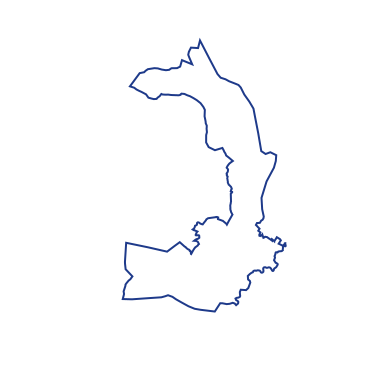 outline of Rafael Delgado, Veracruz, Mexico, rotated 126°
{"feature_id": "50627088B70303647374080", "entity_name": "Rafael Delgado", "entity_type": "district", "adm_level": 2, "iso_a3": "MEX", "parent_name": "Mexico", "parent_adm1": "Veracruz", "projection": "mercator", "projection_center": [-97.093, 18.796], "detail": "fine", "context": "isolated", "style": "outline", "palette": "blue", "viewbox_px": 384, "rotation_deg": 126, "n_neighbors": 0, "source": "geoboundaries", "source_scale": "gbopen_adm2", "svg_char_len": 5770}
<svg xmlns="http://www.w3.org/2000/svg" viewBox="0 0 384 384"><g transform="rotate(126 192 192)"><path d="M64.7,274.6L72.0,271.7L75.8,277.7L80.5,276.9L83.2,275.7L84.9,273.1L86.2,270.9L88.6,266.9L90.0,272.6L90.9,276.3L91.2,277.6L97.5,275.3L100.6,276.9L102.9,280.0L104.0,281.4L106.6,282.3L108.8,284.7L110.7,288.4L112.1,292.3L113.9,295.2L118.6,299.9L121.2,300.8L123.2,301.1L126.6,304.2L143.0,304.3L141.6,300.0L141.7,297.2L141.3,294.6L140.7,291.6L140.0,286.6L141.3,282.7L140.2,279.7L139.3,277.5L137.5,275.4L135.9,275.3L133.5,274.5L130.7,274.4L130.4,273.1L128.9,270.7L127.2,268.5L125.8,265.9L124.0,263.2L121.5,259.5L120.1,258.4L119.7,258.6L118.6,258.3L117.1,255.7L116.5,252.6L115.7,250.0L115.2,246.1L114.9,242.2L115.1,237.3L116.5,232.8L118.0,229.9L123.4,226.3L125.3,224.2L127.0,222.4L128.4,221.2L129.6,219.1L130.9,218.2L132.2,217.4L134.8,215.1L137.6,214.0L143.6,209.7L145.9,204.9L144.7,198.0L138.5,193.3L139.6,191.0L140.5,189.5L141.2,187.6L142.4,185.8L142.5,182.5L142.9,177.2L145.3,178.0L147.1,178.5L149.6,178.6L151.9,178.3L152.0,178.2L152.2,177.2L152.4,176.5L152.8,175.9L153.8,175.4L154.3,175.1L155.2,174.9L156.2,174.9L156.6,174.9L157.0,174.7L157.2,174.1L157.6,173.9L158.1,173.6L158.5,172.8L158.5,172.3L159.8,171.7L160.4,171.4L160.7,171.0L161.1,170.5L161.5,170.2L161.9,169.8L162.4,169.2L163.4,168.5L164.1,167.2L164.5,166.6L164.5,166.0L164.5,165.6L164.7,164.7L164.9,163.5L165.0,163.3L165.2,162.9L165.6,162.4L165.8,161.9L166.4,161.6L166.9,161.7L168.8,161.0L168.8,160.9L168.7,160.3L168.4,160.0L168.3,159.6L168.5,159.4L169.3,159.4L170.6,159.6L175.8,155.6L176.8,154.8L177.8,154.4L178.2,154.1L179.6,153.5L180.6,153.0L180.7,152.9L181.8,152.0L182.7,151.3L182.8,151.3L183.2,151.0L184.0,150.2L184.5,149.4L185.1,148.8L185.5,148.1L185.9,147.2L186.4,146.4L186.5,146.0L194.5,145.1L197.9,144.6L197.7,145.1L197.6,145.4L197.5,145.6L197.2,150.1L197.3,150.2L197.6,151.4L197.8,152.1L198.0,152.7L198.3,153.9L198.7,155.1L198.5,155.3L198.4,155.5L197.2,155.9L197.5,157.1L198.1,157.9L198.6,158.2L203.8,163.6L205.8,164.3L206.6,164.1L210.6,164.3L211.9,164.3L212.2,164.9L212.7,166.8L212.6,167.6L212.7,168.8L213.3,169.6L214.1,169.7L215.6,168.8L216.4,169.0L217.5,169.7L218.9,169.1L220.4,168.9L221.9,169.4L221.8,168.1L221.5,167.4L220.8,164.4L221.8,164.5L224.6,163.8L224.7,163.3L223.0,161.1L223.2,160.4L224.7,159.2L225.6,159.4L226.7,159.9L227.3,160.5L228.4,161.1L230.2,161.6L229.0,159.6L228.9,158.0L230.0,155.8L230.8,156.0L232.0,155.9L234.5,156.7L235.1,156.9L235.4,156.8L236.1,156.9L237.9,156.8L238.0,156.8L242.7,156.2L242.7,156.4L242.6,156.6L242.3,156.8L242.0,157.0L241.7,157.3L241.5,157.5L241.2,157.8L241.1,158.0L240.9,158.2L240.8,158.3L240.7,158.4L240.7,158.6L240.8,158.8L241.0,159.0L240.9,159.4L240.6,159.6L240.4,160.0L240.4,160.5L240.6,161.0L240.7,162.4L240.6,163.7L240.4,164.5L240.3,165.1L240.5,165.8L240.4,166.5L239.8,172.4L246.0,174.4L254.9,177.1L262.7,195.3L271.8,215.4L287.9,205.2L289.3,204.1L293.5,200.3L295.3,190.6L298.8,190.6L300.9,191.2L304.1,191.4L305.9,191.4L307.1,190.7L312.6,188.9L314.5,187.0L319.3,185.1L314.1,177.5L303.2,164.5L295.2,154.9L292.2,152.5L289.6,150.7L288.3,146.2L288.2,141.9L287.5,135.6L286.5,127.7L284.9,121.2L282.3,115.9L275.3,103.3L265.4,103.8L264.1,101.9L262.3,98.0L260.3,95.8L257.7,93.9L257.1,91.9L257.6,89.8L255.1,89.2L253.7,89.9L253.3,91.0L253.5,92.8L252.6,94.2L251.3,93.6L250.3,92.5L248.9,91.7L247.8,91.9L246.4,93.2L244.8,94.5L242.4,95.1L241.1,93.0L239.6,90.6L236.6,90.0L231.0,91.6L229.9,93.0L229.8,95.2L227.1,97.5L224.3,97.0L222.2,96.3L221.2,95.6L220.8,95.7L220.2,95.9L219.5,95.7L219.0,95.4L218.4,94.7L218.1,93.9L216.8,92.9L216.2,91.9L215.8,90.9L216.0,90.0L216.5,89.1L216.4,88.3L216.1,87.9L215.6,87.6L214.7,87.4L213.8,87.8L213.2,88.4L212.3,89.3L211.3,89.6L210.8,89.5L209.9,88.7L209.6,87.6L209.4,86.9L209.0,86.5L208.8,86.3L208.5,86.1L208.3,86.0L208.0,85.8L207.6,85.3L207.3,84.4L207.4,83.5L208.0,81.9L208.3,81.4L208.5,80.9L208.4,80.2L208.0,79.9L207.5,79.9L206.9,80.0L206.4,80.3L206.1,80.4L205.3,80.4L204.8,80.2L203.4,79.7L203.0,79.7L202.4,79.8L201.8,79.8L201.2,79.8L200.7,80.0L200.0,80.2L200.0,80.6L199.9,81.0L199.8,81.5L199.8,81.8L199.9,82.3L200.1,82.6L200.0,83.0L199.8,83.5L199.6,83.9L199.4,84.4L199.2,85.1L198.9,85.6L198.2,85.7L197.3,86.0L196.8,86.1L196.4,86.2L196.3,86.3L196.0,86.7L195.8,87.0L195.6,87.3L195.4,87.5L195.0,87.4L194.7,87.6L194.2,87.8L193.6,87.9L193.2,88.1L192.8,88.3L191.9,88.7L191.7,88.7L191.4,88.6L190.9,87.9L190.8,87.4L190.7,87.3L190.3,87.2L189.9,87.3L189.5,87.2L189.1,86.9L188.7,86.5L188.4,86.1L188.1,85.8L187.9,85.6L187.7,85.4L187.6,85.2L187.4,85.0L187.2,84.8L186.9,84.6L186.5,84.5L186.0,84.4L185.7,84.3L185.5,84.5L185.4,84.6L185.0,84.9L184.5,85.1L184.2,85.3L183.7,85.6L183.3,85.9L183.0,86.1L182.6,86.2L182.2,86.1L181.5,85.6L181.3,85.2L181.2,84.9L181.2,84.7L180.9,84.5L180.6,84.5L180.4,84.7L180.1,84.9L179.9,85.1L179.6,85.5L179.3,85.9L179.0,86.1L178.6,86.4L179.0,86.8L180.1,86.4L182.2,87.2L182.5,89.5L182.9,91.5L178.9,91.7L178.4,93.3L178.5,93.6L178.5,94.0L178.7,96.8L180.5,96.6L181.1,96.6L183.3,96.5L183.5,96.4L183.4,97.0L183.2,99.0L183.3,99.0L183.3,99.4L184.3,98.7L184.3,101.7L184.4,102.3L184.4,104.9L184.9,105.8L185.2,106.5L185.5,106.7L186.7,107.0L187.1,107.3L185.0,110.2L185.4,110.2L185.7,110.2L186.2,110.3L186.7,110.7L186.7,110.8L187.2,110.6L187.3,111.1L187.5,111.2L187.7,111.4L187.8,111.7L187.8,111.8L187.2,112.2L187.0,112.4L186.9,112.5L184.5,112.9L184.4,115.6L182.0,115.8L181.6,118.3L181.5,118.5L181.3,119.7L181.1,120.9L178.9,121.2L178.1,120.2L177.1,119.0L176.9,119.0L174.5,119.2L173.1,118.6L171.4,118.7L169.7,119.5L164.7,125.1L155.9,132.3L139.6,137.9L124.2,140.0L117.7,142.4L112.7,145.5L113.8,152.0L118.0,154.8L118.2,160.0L105.5,173.0L93.2,186.2L88.4,191.3L85.2,198.7L82.4,207.0L78.8,214.0L78.1,217.3L78.9,220.6L80.6,227.1L81.1,231.1L82.7,236.0L81.6,240.7L73.3,257.5L64.7,274.6Z" fill="none" stroke="#1e3a8a" stroke-width="2"/></g></svg>